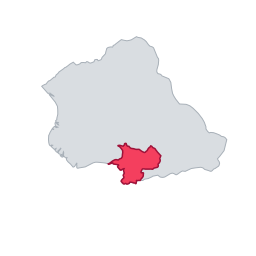 location of Taraba within Nigeria, rotated 50°
{"feature_id": "NGA-2848", "entity_name": "Taraba", "entity_type": "State", "adm_level": 1, "iso_a3": "NGA", "parent_name": "Nigeria", "parent_adm1": "", "projection": "albers", "projection_center": [10.823, 8.016], "detail": "fine", "context": "in_parent", "style": "filled", "palette": "rose", "viewbox_px": 256, "rotation_deg": 50, "n_neighbors": 0, "source": "natural_earth", "source_scale": "10m", "svg_char_len": 6159}
<svg xmlns="http://www.w3.org/2000/svg" viewBox="0 0 256 256"><g transform="rotate(50 128 128)"><path d="M200.4,59.8L207.1,69.0L208.6,75.8L209.1,79.2L210.2,79.6L212.3,79.8L213.8,80.4L214.7,81.6L215.3,82.6L215.4,83.2L215.0,87.3L214.5,88.8L214.8,90.9L214.7,91.8L214.5,92.3L213.6,93.0L212.3,93.7L209.3,95.7L208.5,96.0L207.2,96.1L206.1,96.6L204.8,97.6L202.1,101.6L199.7,105.6L198.0,112.0L195.9,114.0L195.5,115.8L195.2,119.8L194.9,121.0L194.5,121.4L192.3,122.2L191.0,123.1L190.2,124.9L189.2,131.1L188.8,132.1L188.1,133.2L186.9,134.4L185.9,135.0L183.3,135.5L180.8,140.1L180.8,140.9L179.7,145.1L177.8,148.3L177.7,150.4L175.3,153.2L174.0,155.1L175.3,157.1L175.4,157.4L171.3,160.8L171.0,161.3L170.9,163.6L170.5,164.2L169.8,165.1L168.7,166.0L167.5,166.8L166.3,167.3L165.0,167.5L164.3,167.2L163.9,166.5L163.2,163.6L162.9,163.0L162.1,162.5L158.9,159.3L157.0,158.2L156.6,158.3L156.2,158.6L155.7,160.2L155.1,160.8L154.1,161.0L152.4,161.0L151.1,160.7L150.8,160.4L150.2,159.2L146.2,162.0L144.8,162.7L143.0,166.1L140.5,167.7L138.8,169.2L134.2,173.8L133.2,175.1L132.3,177.1L130.3,185.8L127.1,191.2L126.6,192.3L126.4,192.3L126.0,192.7L124.8,192.4L124.2,191.4L123.5,191.3L122.2,189.8L121.9,190.0L123.2,193.7L122.7,195.2L118.8,195.2L115.4,195.7L113.1,195.6L112.0,195.1L111.5,193.7L111.3,193.8L111.1,194.6L110.4,195.1L107.8,195.2L106.7,194.3L105.7,193.2L104.7,192.7L104.9,193.2L106.0,194.2L105.9,195.7L103.8,197.4L102.4,197.5L101.6,196.8L101.2,195.5L101.0,193.7L100.5,192.5L100.2,192.5L100.5,194.5L100.5,196.3L101.5,197.8L100.0,198.2L98.1,198.2L97.9,197.7L97.7,196.5L97.4,196.2L97.0,198.2L93.2,198.7L92.7,198.6L92.5,198.2L92.8,197.7L92.8,196.8L91.9,197.5L91.8,198.9L91.3,199.1L89.9,198.9L88.3,198.1L85.8,196.4L82.7,193.5L82.2,192.2L81.3,190.6L79.8,186.3L80.1,186.1L80.8,186.4L81.2,186.0L79.9,185.7L79.6,185.3L79.5,184.4L79.6,183.2L81.6,182.7L82.0,182.0L82.3,181.2L79.9,182.3L77.6,181.0L77.1,180.3L77.4,179.7L80.0,179.7L81.0,179.2L80.4,179.0L79.4,179.0L79.0,178.6L79.1,177.8L78.7,177.9L78.3,178.7L76.8,179.3L75.9,178.7L75.8,177.4L75.6,176.8L74.9,176.4L72.3,172.9L68.9,170.1L66.0,168.1L61.5,167.1L52.1,166.9L51.6,166.7L52.2,166.2L53.0,165.9L56.0,164.4L55.5,164.2L52.4,165.1L51.3,165.2L49.9,167.1L40.6,167.3L40.6,166.4L41.1,164.0L41.7,162.3L41.1,160.2L41.0,158.3L41.4,157.7L41.5,157.0L41.5,152.1L42.0,151.4L42.1,150.9L41.1,148.8L41.2,147.3L41.0,145.7L40.7,145.0L41.2,139.1L41.1,137.6L41.5,136.6L41.7,134.1L41.7,131.6L42.4,127.6L46.3,127.2L47.3,125.7L47.9,123.7L47.8,121.8L49.1,120.1L50.7,118.6L50.6,117.0L51.1,116.5L51.8,116.1L52.9,115.9L54.1,115.1L54.7,113.7L55.4,111.4L54.4,109.8L54.5,109.4L54.9,108.6L55.5,107.7L56.0,107.4L57.1,107.7L57.5,107.4L58.3,104.8L58.2,104.1L57.2,102.4L56.7,97.8L56.4,97.2L55.6,96.3L53.4,93.1L53.5,91.5L54.5,89.6L55.1,88.7L55.9,88.1L56.1,87.7L55.9,87.1L55.4,86.7L55.4,85.8L55.8,84.6L55.7,83.3L56.0,76.3L57.8,75.0L60.5,72.8L61.8,70.5L62.6,68.7L63.5,62.8L64.9,62.2L67.5,60.0L71.1,58.8L73.4,58.5L77.4,58.8L79.4,58.6L81.2,57.4L82.0,57.1L83.1,56.9L93.0,60.1L94.0,60.0L94.7,60.2L96.0,61.1L98.9,64.0L101.9,68.4L102.9,69.4L103.8,69.9L104.8,70.1L105.6,70.1L106.3,69.6L107.3,68.8L108.7,68.4L109.9,68.5L116.2,65.2L116.8,65.1L120.6,65.9L125.9,69.3L130.1,71.6L133.1,72.4L136.6,72.9L142.7,73.1L147.2,68.3L148.9,67.3L150.9,66.3L155.1,65.4L162.1,64.8L168.7,65.1L172.8,65.9L177.1,67.5L178.9,68.9L181.8,69.2L183.9,68.9L184.6,67.4L186.7,65.4L189.8,63.6L192.4,62.3L194.5,61.8L196.3,60.3L197.8,59.8L200.4,59.8ZM108.0,197.2L106.6,197.6L105.6,197.5L106.9,195.5L107.6,196.0L108.4,196.1L108.0,197.2Z" fill="#d9dde1" stroke="#a8b0b8" stroke-width="1"/><path d="M176.0,152.4L175.2,153.3L174.3,154.6L174.0,154.9L173.7,155.1L173.7,155.3L174.0,155.4L174.2,155.6L175.0,156.6L175.5,157.2L175.7,157.6L175.6,157.9L175.4,158.0L175.2,157.9L174.8,158.0L174.7,158.1L174.0,158.6L173.8,158.8L173.7,159.0L173.3,159.2L173.2,159.3L173.0,159.2L172.9,159.3L172.8,159.5L171.9,160.1L171.0,161.0L170.8,161.3L170.7,161.7L170.8,162.0L171.1,162.3L171.2,162.6L171.1,163.0L171.0,163.4L170.6,164.4L170.3,164.9L169.9,165.1L169.3,165.2L168.9,165.5L168.7,166.0L168.6,166.6L168.5,166.9L168.2,167.2L167.8,167.4L167.5,167.5L167.3,167.5L167.0,167.4L166.8,167.4L166.6,167.5L166.4,167.6L166.2,167.4L165.7,167.5L164.8,167.6L164.4,167.5L164.2,167.3L163.9,166.6L163.7,165.5L163.6,164.9L163.6,164.3L163.6,163.6L163.3,163.0L162.8,162.6L161.4,162.3L161.0,161.9L160.7,161.2L160.5,160.5L160.3,160.0L159.8,159.6L158.6,159.2L157.6,158.6L157.2,158.5L156.9,158.3L156.8,157.6L156.6,157.2L156.3,157.6L156.2,158.2L156.0,158.7L156.0,159.9L155.9,159.9L155.7,160.0L155.4,160.4L155.4,160.7L155.3,161.0L151.6,161.0L151.1,160.9L150.8,160.7L150.7,160.4L150.5,159.3L150.4,159.1L150.2,159.0L149.8,159.2L146.2,162.3L145.9,162.4L145.6,162.3L145.3,162.2L144.9,162.2L144.7,162.5L143.5,166.0L143.3,166.2L142.8,166.2L143.2,164.8L143.3,162.3L143.3,161.3L143.8,158.8L144.2,157.9L144.8,157.2L145.6,156.6L146.2,156.0L146.3,154.3L146.9,152.5L146.3,150.8L144.8,149.4L143.4,147.8L141.8,146.6L139.5,146.4L137.3,146.4L136.7,146.5L135.7,147.0L135.2,147.1L135.1,146.7L135.9,145.5L136.4,145.1L138.5,143.7L138.8,143.4L138.8,143.0L138.7,142.8L138.7,142.5L138.7,141.7L137.9,140.8L137.9,140.3L138.1,139.9L138.3,139.6L138.7,139.4L139.4,139.7L139.8,139.9L140.2,139.9L140.6,140.1L141.0,140.1L141.5,140.1L142.1,139.7L142.5,139.1L143.2,139.1L144.4,139.1L145.4,138.8L146.4,138.0L147.2,137.2L148.2,136.5L149.2,135.9L149.6,135.5L150.4,134.6L150.7,134.1L151.5,133.2L154.8,132.4L157.2,131.3L157.7,130.3L157.6,129.8L157.5,128.8L157.6,128.4L157.6,127.9L157.1,126.5L156.9,126.1L156.8,125.7L156.6,124.6L156.7,123.6L156.6,122.9L156.3,122.1L157.1,121.6L159.0,121.6L160.8,120.7L161.7,120.6L162.7,120.8L163.7,120.8L165.3,120.9L170.4,120.7L171.8,123.3L172.1,123.6L172.6,123.7L173.1,123.8L174.0,124.6L174.5,125.7L174.7,126.1L174.9,126.6L174.8,127.1L174.8,127.6L175.3,128.5L176.3,128.9L176.9,129.7L177.0,130.7L175.5,133.7L175.4,134.8L175.5,135.3L175.3,135.8L174.4,136.6L170.6,141.2L169.6,142.0L168.8,143.0L168.7,143.5L169.3,145.0L169.9,146.1L170.3,146.5L170.8,146.6L171.2,146.2L171.5,145.8L171.8,145.4L172.3,145.1L172.8,145.4L173.1,145.8L174.6,147.2L175.3,148.9L175.3,149.9L175.5,150.9L175.8,151.6L176.0,152.4L176.0,152.4Z" fill="#f43f5e" stroke="#9f1239" stroke-width="1.5"/></g></svg>